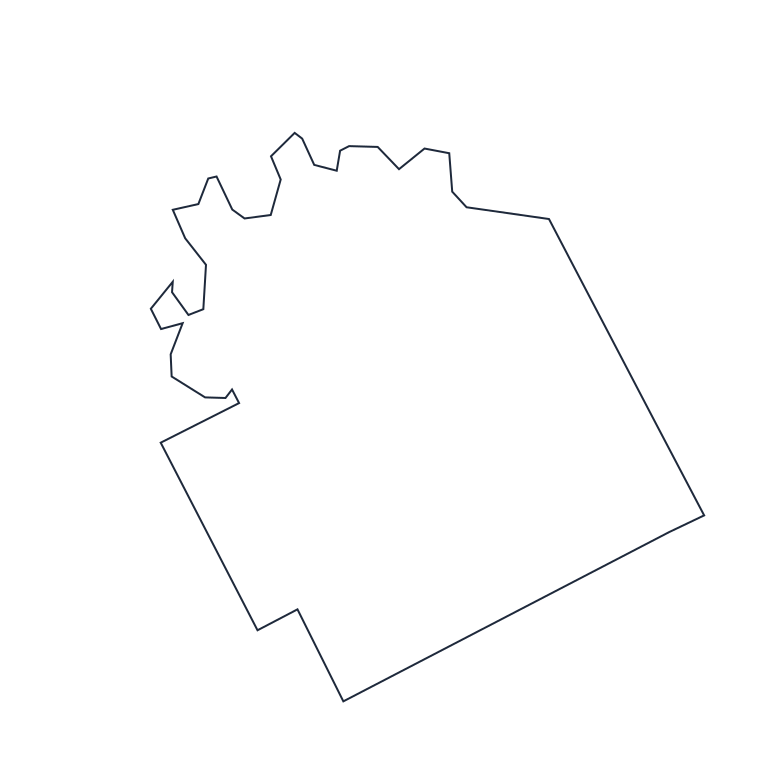 Lowndes, Alabama, United States of America, rotated 333°
{"feature_id": "52423323B13549110095678", "entity_name": "Lowndes", "entity_type": "district", "adm_level": 2, "iso_a3": "USA", "parent_name": "United States of America", "parent_adm1": "Alabama", "projection": "equal_earth", "projection_center": [-86.677, 32.184], "detail": "fine", "context": "isolated", "style": "outline", "palette": "slate", "viewbox_px": 768, "rotation_deg": 333, "n_neighbors": 0, "source": "geoboundaries", "source_scale": "gbopen_adm2", "svg_char_len": 730}
<svg xmlns="http://www.w3.org/2000/svg" viewBox="0 0 768 768"><g transform="rotate(333 384 384)"><path d="M570.8,645.4L609.6,646.4L608.3,542.7L606.3,354.0L606.3,352.8L605.9,311.9L537.8,264.0L532.1,243.6L546.9,208.0L527.0,192.6L494.9,199.4L486.0,169.9L460.9,156.2L450.8,156.2L438.7,172.5L421.3,157.1L422.5,128.2L418.4,119.7L386.7,129.8L384.8,154.9L359.8,182.0L334.9,173.2L328.0,159.7L329.0,123.1L320.7,121.1L300.3,139.4L274.9,132.9L273.0,163.9L279.5,197.0L257.0,235.3L241.1,233.7L236.8,206.0L242.2,197.0L210.4,211.1L210.3,233.8L232.2,238.4L207.4,260.7L198.2,280.9L218.5,314.7L236.4,324.5L246.1,319.9L246.2,335.2L158.4,334.9L159.5,546.0L204.6,545.5L203.7,648.3L570.8,645.4Z" fill="none" stroke="#1e293b" stroke-width="2"/></g></svg>